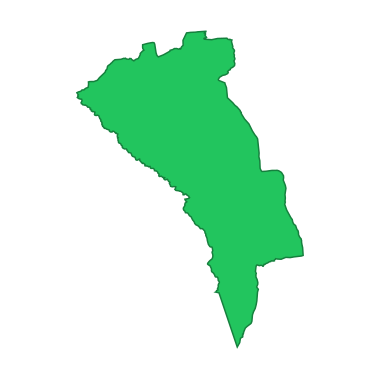 Nachingwea, Lindi, United Republic of Tanzania, rotated 264°
{"feature_id": "72390352B76457855664867", "entity_name": "Nachingwea", "entity_type": "district", "adm_level": 2, "iso_a3": "TZA", "parent_name": "United Republic of Tanzania", "parent_adm1": "Lindi", "projection": "robinson", "projection_center": [38.431, -10.327], "detail": "fine", "context": "isolated", "style": "filled", "palette": "green", "viewbox_px": 384, "rotation_deg": 264, "n_neighbors": 0, "source": "geoboundaries", "source_scale": "gbopen_adm2", "svg_char_len": 6081}
<svg xmlns="http://www.w3.org/2000/svg" viewBox="0 0 384 384"><g transform="rotate(264 192 192)"><path d="M33.1,220.8L37.2,223.7L41.2,224.8L42.3,226.2L42.4,227.1L43.5,227.5L44.4,227.3L44.9,227.9L45.5,227.7L46.0,228.4L47.4,228.8L51.1,230.8L52.6,232.8L54.7,236.3L55.2,237.0L56.4,237.7L57.4,238.1L63.5,239.3L66.5,240.7L69.6,242.7L73.4,244.1L76.9,245.1L85.7,246.7L88.3,247.8L90.4,246.5L91.1,246.5L93.2,247.7L95.0,248.0L98.2,247.6L100.8,246.7L102.1,246.9L102.6,246.7L104.2,247.4L106.3,246.8L111.0,247.8L112.2,248.4L112.7,249.1L111.7,251.3L111.9,252.5L111.8,253.4L111.5,254.2L110.8,254.6L110.7,255.0L111.6,255.7L112.5,256.0L112.4,257.0L113.1,258.0L113.6,259.9L114.5,261.6L114.6,263.1L115.2,263.6L115.3,264.3L115.0,264.7L114.8,266.3L115.0,266.8L115.6,266.7L116.0,267.1L116.5,268.2L116.9,268.3L116.4,270.0L115.8,273.6L117.2,278.5L116.5,282.8L116.8,286.6L116.9,294.1L117.3,295.9L125.2,296.2L128.7,295.8L131.2,295.7L131.8,295.9L134.1,295.6L135.6,294.5L138.3,293.5L140.9,293.6L142.7,293.3L143.6,292.5L147.9,291.5L149.2,290.0L151.3,289.1L154.2,288.8L156.2,287.6L164.1,284.3L170.1,282.9L172.3,283.8L172.9,283.5L176.3,284.2L179.7,284.2L185.9,285.8L188.8,285.5L194.3,284.0L196.6,284.6L198.6,284.7L202.1,283.0L204.0,280.6L204.6,279.1L205.1,273.5L204.9,267.8L205.1,263.7L206.0,263.0L208.4,262.2L216.0,262.7L220.1,262.2L223.7,262.8L237.9,262.8L239.9,262.0L242.4,260.4L246.5,258.4L253.8,255.7L259.1,251.9L263.7,249.7L265.2,249.1L266.1,249.3L266.9,248.5L268.0,248.4L272.1,245.5L273.5,243.9L276.1,242.1L276.0,242.3L282.0,237.1L292.2,237.2L295.9,236.2L297.1,236.1L299.9,230.8L300.4,230.1L300.9,229.9L301.4,230.0L303.2,231.4L304.8,234.7L305.0,237.1L306.0,239.7L306.9,240.5L308.0,240.0L309.2,241.4L309.7,242.9L310.3,242.9L311.3,244.0L311.7,245.4L313.2,247.5L315.2,248.0L318.0,247.4L319.2,248.3L320.3,248.6L322.2,248.1L323.9,248.5L324.5,248.2L325.9,248.1L327.8,249.0L328.7,248.9L331.2,247.4L332.4,247.8L337.5,247.0L339.0,247.6L339.4,246.3L339.8,245.9L339.9,245.5L339.6,245.2L340.0,244.0L340.3,243.4L341.3,242.8L342.0,233.5L341.4,227.5L342.6,220.5L343.1,219.9L343.5,220.0L343.8,220.6L343.7,221.6L344.2,222.6L346.8,221.2L347.4,221.9L347.9,222.0L348.7,221.6L348.8,220.9L349.1,221.0L349.9,222.6L350.4,222.6L350.7,214.4L350.6,212.2L350.9,207.4L350.8,203.2L343.8,198.9L338.8,198.5L337.8,197.2L336.7,196.2L335.7,196.0L335.4,195.2L335.9,194.7L335.4,193.8L336.3,191.8L336.5,189.4L335.7,187.9L335.2,185.0L334.3,184.7L331.4,177.9L329.9,172.6L331.5,171.4L334.2,170.8L342.6,170.4L344.0,170.1L344.5,169.7L344.8,168.3L344.7,166.7L344.4,163.2L343.6,158.3L341.2,158.0L339.7,158.1L338.1,159.0L337.3,157.5L335.2,155.0L334.1,154.9L332.0,153.7L330.3,152.4L329.9,150.2L329.2,149.0L329.0,148.3L328.6,148.1L328.6,147.6L330.1,145.8L331.0,145.4L331.3,144.0L330.8,143.6L330.6,142.9L331.1,140.7L332.0,139.9L331.7,139.2L332.1,138.4L332.0,137.7L331.4,135.3L331.6,129.2L330.2,127.0L328.9,125.7L328.4,124.7L327.7,124.1L326.4,121.7L325.5,121.0L323.3,120.4L321.9,118.9L320.1,118.0L315.4,111.9L313.0,109.6L312.1,105.9L312.5,101.8L312.3,100.5L310.1,100.4L307.1,99.7L306.6,98.6L306.5,97.7L305.4,95.7L304.8,95.2L305.0,93.3L303.8,91.9L303.4,89.5L302.8,87.9L301.8,88.3L300.5,89.2L300.1,88.7L299.6,88.5L298.9,88.8L298.7,88.3L297.9,87.8L296.6,89.4L296.7,89.9L296.1,90.4L295.9,91.9L294.5,92.2L293.4,91.7L292.4,91.0L291.3,91.3L291.0,92.1L290.2,92.4L289.5,94.6L289.6,95.1L288.4,96.6L287.3,97.1L287.1,98.4L286.7,98.9L286.1,99.2L285.9,99.8L284.7,99.5L283.9,100.7L283.2,100.4L282.3,101.5L282.3,102.2L281.6,103.8L279.1,103.1L278.6,103.4L278.1,104.6L278.3,106.1L277.5,107.3L274.7,108.0L273.8,108.8L273.4,108.6L272.4,108.9L271.8,108.8L271.2,109.4L270.3,109.7L269.9,109.5L269.0,109.8L268.4,109.4L267.1,110.2L266.6,110.0L265.9,110.8L265.0,111.1L264.8,111.7L264.4,111.8L264.2,112.9L263.5,113.6L262.4,116.0L262.1,116.3L261.4,116.2L260.3,117.1L260.0,118.7L260.8,119.7L260.3,120.9L258.8,122.0L259.0,122.2L258.9,122.5L258.1,122.8L258.1,123.2L257.6,123.7L257.4,124.3L255.5,123.5L254.4,123.7L253.9,124.2L253.5,123.6L252.7,124.0L251.1,123.8L250.7,124.1L250.3,124.0L249.6,124.2L248.9,124.1L248.3,124.6L247.9,125.6L247.3,126.2L245.9,126.6L245.2,127.4L243.6,127.4L243.0,127.8L241.9,129.3L241.7,131.2L240.9,131.7L240.2,131.7L239.0,132.6L237.9,133.0L237.4,134.8L237.0,135.4L234.4,136.1L233.7,136.6L232.5,139.0L230.0,139.5L229.5,140.2L229.4,141.1L229.9,142.4L230.3,142.9L230.2,143.4L228.7,143.4L225.8,145.5L225.6,145.8L225.9,146.2L225.8,146.5L224.5,148.0L224.0,148.2L223.7,147.9L222.9,148.0L222.4,150.5L221.6,151.5L221.8,152.9L220.3,153.2L219.8,153.6L219.5,156.0L218.3,157.0L217.1,156.9L216.5,159.0L215.2,160.0L214.1,160.2L213.3,161.1L211.6,160.7L211.1,160.9L210.8,161.4L210.9,163.2L209.7,164.3L209.3,165.8L209.0,166.3L208.2,165.3L207.3,165.9L206.9,166.5L206.9,167.4L207.2,168.2L207.2,168.9L205.1,169.8L204.3,170.9L203.8,171.0L203.4,170.5L202.8,170.4L201.3,171.1L199.9,171.3L199.2,172.9L199.3,174.5L198.9,176.4L197.1,175.9L196.5,175.2L195.5,175.9L195.2,176.4L194.6,178.9L194.1,179.8L193.9,180.8L192.3,182.7L191.3,183.0L190.3,182.8L190.0,183.7L190.5,184.7L190.8,184.9L190.8,185.5L190.6,185.9L189.8,186.2L189.7,186.7L189.2,187.0L188.1,188.4L187.2,188.5L186.8,189.0L186.4,188.8L185.8,187.3L185.6,184.6L185.2,184.9L185.0,184.3L183.8,184.8L182.9,185.8L182.6,185.7L181.7,184.0L180.0,183.5L179.4,183.6L176.9,181.7L175.4,181.7L174.7,182.0L173.6,183.0L172.1,183.3L171.7,185.2L171.2,185.8L168.6,187.0L167.5,188.5L164.2,189.7L162.1,191.1L160.7,191.3L159.2,192.2L157.8,194.4L156.8,195.3L154.7,196.5L154.4,198.6L151.8,200.6L149.8,200.7L148.9,201.3L147.3,201.2L144.4,202.1L142.0,202.2L138.2,202.8L136.0,204.0L135.5,204.5L135.1,206.1L134.6,206.3L131.5,206.5L130.1,205.7L129.2,205.7L128.6,206.0L126.3,206.1L125.1,205.8L123.4,205.0L122.2,203.1L121.2,201.8L119.4,200.1L118.6,200.0L117.8,200.7L117.0,202.0L116.7,202.2L113.6,203.3L111.5,203.1L110.4,203.5L109.2,204.8L107.5,205.7L105.5,206.2L105.1,206.5L104.7,208.3L104.0,208.7L102.6,208.9L101.7,208.8L100.9,209.0L100.2,209.7L99.5,209.8L98.6,209.5L97.8,208.8L96.6,208.3L95.2,208.3L94.2,207.9L93.4,207.3L92.7,207.6L91.8,207.5L91.5,206.2L90.2,205.5L90.0,205.0L88.9,208.3L33.1,220.8Z" fill="#22c55e" stroke="#15803d" stroke-width="1.5"/></g></svg>